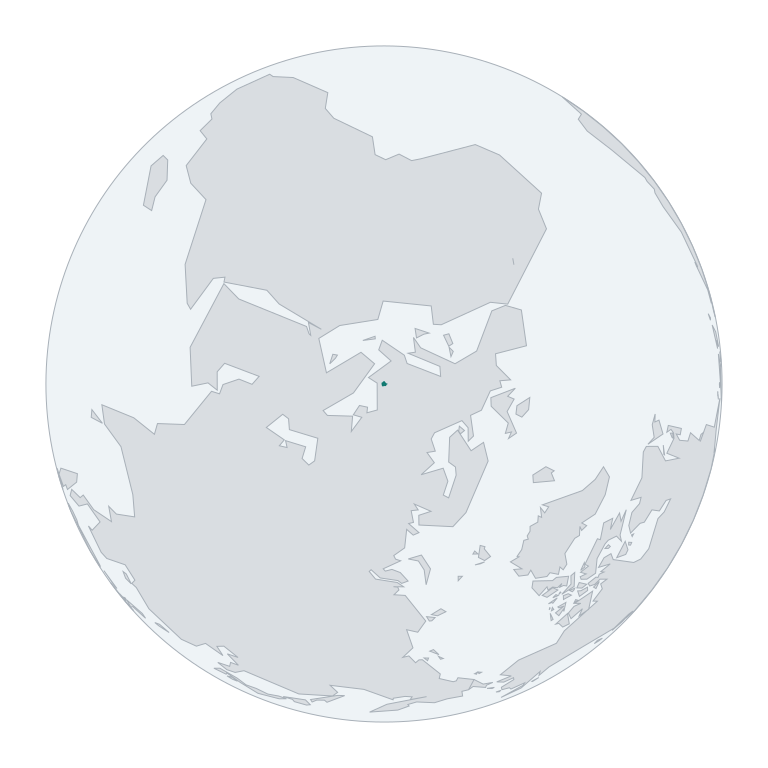 globe centered on Targovishte, rotated 153°
{"feature_id": "BGR-2257", "entity_name": "Targovishte", "entity_type": "Province", "adm_level": 1, "iso_a3": "BGR", "parent_name": "Bulgaria", "parent_adm1": "", "projection": "orthographic", "projection_center": [26.357, 43.248], "detail": "fine", "context": "on_globe", "style": "filled", "palette": "teal", "viewbox_px": 768, "rotation_deg": 153, "n_neighbors": 0, "source": "natural_earth", "source_scale": "10m", "svg_char_len": 11629}
<svg xmlns="http://www.w3.org/2000/svg" viewBox="0 0 768 768"><g transform="rotate(153 384 384)"><circle cx="384" cy="384" r="338" fill="#eef3f6" stroke="#a8b0b8"/><path d="M263.3,68.4L274.9,65.5L265.3,68.7L270.5,67.8L282.9,64.1L289.7,62.0L324.2,59.8L365.3,57.0L378.2,54.0L375.4,57.0L399.8,50.9L422.0,51.6L396.9,52.4L394.3,53.9L409.4,54.6L410.1,56.4L417.7,58.1L417.1,60.5L402.5,61.7L401.9,63.5L412.6,64.0L418.8,67.4L403.1,66.1L412.3,72.1L389.5,76.9L348.1,74.7L335.4,82.2L292.5,93.6L296.3,95.7L282.5,102.4L281.7,107.5L274.0,108.9L280.1,112.0L287.3,109.8L292.4,110.6L292.6,113.7L282.8,115.7L281.2,114.5L278.5,116.8L273.4,116.6L276.0,118.4L264.1,121.0L276.1,123.2L266.8,129.3L258.8,129.8L259.5,123.5L242.5,111.6L234.7,111.5L222.9,117.0L201.0,139.7L192.4,142.8L180.8,151.5L185.5,152.2L196.3,145.9L202.4,150.2L214.8,142.7L219.1,143.6L232.0,139.2L230.1,146.8L221.4,157.0L210.6,161.4L206.4,166.3L216.8,168.2L196.8,183.3L183.8,205.7L178.6,209.3L168.3,204.1L168.1,187.7L154.7,183.9L163.4,193.9L150.3,203.9L148.2,209.0L148.9,213.3L153.9,212.6L149.5,218.0L139.2,209.4L143.1,204.3L146.3,206.8L146.1,199.6L139.1,195.2L133.0,201.4L128.8,190.6L124.4,195.2L121.1,195.9L128.4,189.1L115.2,201.5L109.3,195.6L91.2,218.8L108.9,192.3L115.2,182.2L121.3,172.7L118.2,176.2L130.4,160.8L131.6,159.4L150.3,140.0L170.4,122.1L192.0,105.9L214.7,91.5L238.6,79.0L263.3,68.4ZM58.5,293.3L57.3,299.1L53.6,313.2L55.7,307.3L52.8,320.9L52.1,345.2L51.2,346.5L50.1,384.4L54.8,415.3L55.8,431.2L54.7,434.9L57.6,445.0L57.8,449.5L74.9,489.2L88.1,517.1L90.7,531.7L85.6,534.8L94.8,558.8L94.5,558.3L82.4,536.4L72.0,513.7L63.2,490.3L56.3,466.3L51.1,441.9L47.7,417.1L46.2,392.1L46.5,367.1L48.7,342.2L52.7,317.6L58.5,293.3ZM86.7,225.2L72.4,259.0L75.8,247.3L76.0,247.7L80.6,237.4L87.6,222.7L91.9,214.1L86.7,225.2ZM91.0,223.2L93.1,218.4L91.7,222.2L91.0,223.2ZM292.7,60.9L283.0,63.9L271.6,67.0L279.6,64.1L292.7,60.9ZM314.5,57.2L310.2,58.7L304.8,58.4L309.0,57.6L314.5,57.2ZM387.3,52.0L379.3,52.2L386.8,51.5L387.3,52.0ZM418.9,58.0L421.0,57.5L424.1,58.7L418.9,58.0ZM232.1,135.4L232.0,137.2L229.7,137.1L232.1,135.4ZM237.8,131.9L235.2,130.4L237.5,128.5L239.1,129.5L237.8,131.9ZM426.0,63.6L430.4,66.0L423.4,63.6L426.0,63.6ZM240.5,134.3L241.9,125.5L246.0,122.4L255.5,123.6L240.5,134.3ZM431.2,67.5L441.9,74.0L447.5,73.2L437.9,79.8L431.9,71.6L422.5,68.7L429.5,69.1L431.2,67.5ZM289.5,107.9L281.8,110.3L288.0,105.5L289.5,107.9ZM292.2,104.7L304.0,90.3L315.4,88.8L309.2,93.7L323.9,90.0L323.7,96.2L315.6,99.6L308.2,99.2L313.7,102.0L292.2,104.7ZM430.8,82.8L431.2,84.8L428.0,82.9L430.8,82.8ZM294.9,110.6L296.3,107.6L306.3,106.0L305.4,111.7L302.4,110.4L294.9,110.6ZM327.8,86.2L335.1,86.3L336.9,91.3L340.0,92.1L324.7,96.2L327.8,86.2ZM300.3,112.3L304.7,114.8L300.2,118.5L294.3,113.5L300.3,112.3ZM309.3,103.2L314.0,102.8L311.1,104.9L309.3,103.2ZM286.6,133.9L288.0,129.8L293.4,128.6L286.6,133.9ZM306.7,115.5L308.2,114.2L310.5,113.4L312.4,115.8L306.7,115.5ZM327.0,99.7L326.3,101.9L333.4,98.2L335.1,102.2L324.5,104.4L329.8,105.1L330.3,106.4L321.1,106.8L327.0,99.7ZM321.1,115.9L308.2,120.8L304.5,128.3L299.6,129.5L306.5,117.3L321.1,115.9ZM321.9,110.5L320.3,114.0L315.1,113.5L312.9,110.8L321.9,110.5ZM340.0,104.2L340.2,97.5L342.5,97.3L340.0,104.2ZM321.0,118.1L324.1,117.0L321.4,118.7L321.0,118.1ZM335.4,108.5L335.1,106.0L337.7,105.9L335.4,108.5ZM330.6,116.9L326.4,118.3L324.8,116.4L330.6,116.9ZM333.6,113.1L337.3,113.5L326.7,114.8L333.1,112.0L333.6,113.1ZM337.9,108.7L339.4,107.8L337.6,109.8L337.9,108.7ZM339.0,123.8L326.1,125.9L322.6,121.5L335.6,119.9L339.0,123.8ZM177.1,535.6L157.0,482.5L167.0,469.7L168.8,448.5L237.5,399.0L252.1,408.5L306.1,410.8L312.9,414.8L306.5,432.1L347.1,458.3L360.2,444.3L396.9,456.2L421.4,454.2L430.2,420.1L390.1,422.7L383.2,406.3L415.3,389.9L450.3,388.0L448.7,381.7L426.6,369.6L434.7,356.5L418.9,364.4L425.3,370.5L415.6,376.0L409.2,370.8L412.3,366.1L401.8,363.9L389.7,387.9L394.9,396.8L367.2,401.3L373.2,416.8L365.7,423.8L352.8,400.4L354.1,391.8L330.1,365.0L326.2,374.3L348.6,400.5L341.6,398.1L336.6,412.1L334.9,399.6L311.5,369.8L286.5,371.3L254.7,400.2L240.1,398.9L228.0,387.6L239.7,353.4L270.9,360.3L275.5,349.5L269.3,330.2L279.3,334.3L280.6,327.7L292.4,329.6L309.1,316.4L321.1,316.8L327.9,297.0L334.9,294.8L328.9,306.9L331.2,316.0L361.1,317.6L366.9,313.6L368.8,300.9L376.8,303.4L374.9,291.0L392.1,286.3L369.5,282.1L371.2,268.4L381.6,258.1L378.1,253.2L361.1,270.0L358.0,277.6L361.8,285.1L349.7,306.7L339.4,309.5L336.7,285.0L321.8,286.8L326.2,268.1L369.4,232.2L387.4,225.6L416.9,242.5L412.6,251.2L399.9,249.2L411.5,263.3L410.7,256.3L417.3,258.8L420.6,247.3L425.4,248.5L420.3,235.7L426.6,236.1L429.8,244.2L440.0,228.6L453.2,226.7L453.2,222.7L449.4,218.9L468.6,219.7L467.8,216.7L461.1,215.2L455.1,208.6L452.0,197.5L458.8,198.3L460.8,202.5L475.4,212.9L479.8,224.4L482.3,223.7L480.1,214.0L462.3,201.1L458.5,194.3L467.6,199.1L464.0,196.8L464.2,193.7L470.8,191.7L461.1,186.0L454.4,153.8L466.6,147.5L475.4,154.8L478.0,135.8L491.4,131.9L485.3,130.4L482.4,121.3L478.1,122.3L475.0,120.9L465.5,100.1L468.5,96.5L457.5,87.3L454.3,86.7L451.5,88.7L437.9,79.8L447.5,73.2L454.1,74.8L455.6,70.3L470.6,74.8L483.7,77.1L499.3,85.9L508.3,87.6L507.8,85.7L519.7,87.2L545.8,98.2L526.8,97.3L488.0,86.1L504.0,90.9L501.0,92.5L507.1,96.1L518.4,99.8L519.3,98.5L540.5,121.0L568.8,140.0L565.3,130.3L571.5,129.4L600.6,146.5L638.9,192.1L647.6,194.6L653.7,200.8L658.5,211.4L649.7,202.5L647.1,205.6L641.4,199.5L646.1,214.7L638.2,206.6L645.7,223.1L652.0,226.1L650.8,215.1L660.8,233.9L670.2,235.6L680.5,248.6L695.5,290.4L697.1,315.1L699.2,320.8L695.0,322.3L696.7,340.4L710.2,354.4L712.4,362.5L711.8,391.7L710.4,386.2L699.6,390.0L702.7,411.8L711.2,413.7L714.3,427.1L710.1,431.9L706.3,420.7L702.4,421.6L699.7,403.8L689.3,385.1L684.8,400.0L681.5,389.6L666.5,378.8L658.0,399.5L646.8,447.6L651.2,475.2L644.8,493.6L622.3,467.5L611.4,443.4L603.8,451.6L580.2,438.5L541.0,455.8L535.0,449.9L527.7,456.6L511.0,454.2L501.7,443.6L491.8,447.5L516.6,474.8L527.1,470.6L535.4,454.2L540.3,464.9L556.3,469.3L540.1,504.7L481.1,546.1L474.8,525.7L426.9,470.4L428.0,462.9L427.8,462.1L427.2,460.6L423.4,473.1L415.0,461.2L441.1,502.9L445.8,520.7L480.3,547.5L477.2,551.4L488.1,555.6L522.4,538.4L522.7,545.3L506.9,580.9L458.9,629.1L465.0,650.6L461.1,668.4L430.6,682.8L432.8,693.2L417.0,698.2L415.6,703.4L402.7,709.0L381.2,713.5L345.2,711.9L343.3,708.3L325.8,698.3L301.8,669.1L311.2,656.2L308.1,643.6L282.1,609.5L287.8,592.4L280.7,583.1L266.2,582.0L258.0,570.5L249.2,568.0L194.0,555.9L177.1,535.6ZM214.1,431.3L212.2,437.6L214.1,431.3ZM488.0,403.0L508.6,398.7L498.2,379.5L505.3,376.5L499.2,371.4L497.4,378.2L482.3,363.6L490.8,354.8L487.8,345.9L480.7,347.0L467.6,365.7L489.0,386.3L484.8,396.4L488.0,403.0ZM52.2,345.8L51.7,351.6L51.5,347.6L52.2,345.8ZM73.8,250.8L71.9,255.9L70.1,260.5L71.1,257.4L73.8,250.8ZM64.2,292.6L63.2,299.5L63.1,294.6L64.2,292.6ZM70.7,264.1L64.8,287.6L64.8,279.8L68.9,265.3L67.5,272.1L70.7,264.1ZM86.8,228.0L85.1,231.9L84.0,233.3L86.8,228.0ZM90.0,226.0L90.3,225.0L92.1,221.7L90.0,226.0ZM150.9,204.4L151.6,205.3L151.2,210.2L149.1,209.2L150.9,204.4ZM163.5,225.9L156.0,234.2L159.9,227.2L155.4,227.0L158.1,212.8L176.2,210.5L167.5,213.8L163.5,225.9ZM166.6,194.2L162.9,202.8L166.2,193.5L166.6,194.2ZM276.2,291.9L280.1,297.3L275.4,304.3L260.2,305.8L266.8,295.5L276.2,291.9ZM286.8,303.6L288.2,280.1L297.8,278.9L292.2,283.4L298.3,284.9L291.0,292.8L298.6,315.5L295.0,323.3L268.9,320.6L279.4,316.9L274.9,311.5L286.8,303.6ZM275.3,228.8L276.0,220.4L295.7,228.3L292.7,235.3L277.3,236.8L271.8,229.4L275.3,228.8ZM257.0,138.9L256.1,136.5L258.8,135.7L261.8,137.1L257.0,138.9ZM286.8,132.1L264.1,149.2L261.9,147.1L251.3,160.5L241.2,160.5L248.4,151.6L232.7,162.1L235.1,154.1L225.2,162.0L242.2,142.3L243.8,136.1L245.9,142.9L255.1,143.0L259.6,141.2L273.4,131.7L281.4,119.3L291.8,118.0L297.0,120.5L296.7,123.2L290.1,123.0L294.4,127.0L284.5,128.9L286.8,132.1ZM352.6,159.8L345.0,156.7L352.1,168.1L342.2,168.7L343.7,170.0L336.5,173.9L330.4,181.2L325.9,180.3L325.4,183.6L320.7,186.5L318.5,190.8L309.7,191.1L306.4,196.5L304.1,193.6L300.7,202.9L299.3,196.2L293.0,199.8L297.7,204.4L255.6,199.0L239.1,203.1L226.0,210.6L225.3,198.9L237.2,184.9L254.9,172.2L270.9,170.4L267.7,165.8L274.4,163.8L274.1,168.2L278.6,160.3L284.1,159.9L299.8,150.8L302.9,140.4L308.7,137.1L310.3,141.1L315.0,135.2L321.8,140.5L326.2,138.5L337.2,142.1L337.7,151.5L342.5,148.5L351.1,151.6L352.6,159.8ZM341.9,125.0L344.7,135.2L340.7,140.8L323.1,132.3L318.2,133.4L306.8,128.9L312.9,121.1L315.6,123.0L319.6,123.1L316.1,125.5L321.9,123.7L325.9,126.5L331.4,125.9L330.8,129.3L341.9,125.0ZM320.7,408.9L325.9,410.3L334.1,410.3L331.1,419.4L320.7,408.9ZM304.3,388.8L309.1,388.3L308.8,400.4L303.4,399.3L304.3,388.8ZM311.9,378.0L309.3,387.3L307.5,381.6L311.9,378.0ZM333.4,306.0L338.5,304.9L338.9,308.0L336.0,312.2L333.4,306.0ZM371.6,196.5L367.9,193.2L369.5,191.6L367.4,181.9L374.5,181.0L378.6,186.6L371.6,196.5ZM423.2,426.6L416.1,433.7L412.4,430.9L415.6,429.0L423.2,426.6ZM371.3,428.2L383.1,432.4L370.3,430.6L371.3,428.2ZM379.0,194.0L377.4,189.9L382.0,192.1L379.0,194.0ZM379.6,180.0L385.1,181.5L375.1,179.8L379.6,180.0ZM517.2,652.5L492.5,684.1L477.0,687.9L475.0,681.8L484.8,664.1L503.0,654.7L512.3,644.0L517.2,652.5ZM716.0,447.2L715.5,449.5L713.4,457.2L714.7,450.5L717.9,435.8L716.0,447.2ZM714.5,451.2L710.1,455.7L697.9,443.3L702.4,436.1L713.9,433.7L713.3,438.8L716.1,438.3L714.5,451.2ZM720.7,413.1L720.4,416.2L719.5,421.3L719.1,412.1L719.4,402.4L720.4,397.0L719.4,351.2L720.0,349.4L721.3,366.3L721.5,368.0L720.7,413.1ZM652.7,476.8L660.0,487.2L655.9,493.8L652.7,476.8ZM715.6,325.7L718.3,344.9L714.8,323.0L715.6,325.7ZM711.5,307.9L713.1,312.6L711.8,311.1L711.5,307.9ZM702.4,328.2L701.6,335.3L699.9,331.8L699.9,320.6L702.4,328.2ZM688.3,260.1L694.4,270.7L696.5,275.5L693.1,271.8L688.3,260.1ZM437.6,186.0L432.6,200.1L433.7,210.7L441.8,217.1L428.3,214.6L426.5,198.2L437.6,186.0ZM451.7,157.4L444.5,152.7L448.9,151.3L451.2,152.2L451.7,157.4ZM446.4,157.0L435.3,157.9L432.2,153.0L441.6,153.2L446.4,157.0ZM407.2,175.0L405.2,179.0L401.5,177.1L407.2,175.0ZM716.1,321.6L717.7,330.9L712.9,306.4L713.0,306.8L716.1,321.6ZM713.6,309.8L715.2,318.5L712.4,305.5L713.6,309.8ZM714.7,317.0L713.1,311.5L712.7,307.9L714.7,317.0ZM713.0,307.2L709.9,295.7L711.2,299.6L713.0,307.2ZM708.9,299.7L710.9,300.2L711.2,308.3L703.5,289.2L702.8,283.5L708.9,299.7ZM656.4,195.2L652.3,191.5L649.5,185.7L653.1,189.8L656.4,195.2ZM636.7,165.6L647.4,183.1L655.4,198.2L656.4,197.1L664.6,208.0L659.2,205.2L648.3,188.5L643.5,178.6L636.0,170.7L628.3,160.5L619.4,153.7L613.8,147.8L620.4,151.2L636.7,165.6ZM615.7,151.3L597.4,138.2L595.3,131.7L598.8,133.1L608.1,141.7L608.7,144.5L615.7,151.3ZM592.4,133.3L592.7,136.2L566.5,127.5L560.5,124.2L579.3,126.3L580.6,129.3L587.4,132.9L592.4,133.3ZM434.8,84.7L431.6,84.8L433.3,83.4L434.8,84.7ZM472.7,121.7L468.7,119.6L470.8,117.7L472.7,121.7ZM458.6,113.1L459.1,116.6L455.8,112.5L458.6,113.1ZM460.5,124.9L457.9,117.9L464.5,125.2L460.5,124.9Z" fill="#d9dde1" stroke="#a8b0b8" stroke-width="1"/><path d="M384.0,385.4L383.9,385.2L383.8,385.3L383.7,385.3L383.6,385.5L383.4,385.7L383.2,385.8L383.0,385.6L382.9,385.6L382.9,385.4L382.8,385.2L382.7,384.9L382.7,384.7L382.8,384.6L382.8,384.4L382.9,384.2L382.7,384.0L382.7,383.9L382.8,383.8L382.7,383.6L382.6,383.4L382.3,383.3L382.3,383.1L382.2,383.0L382.3,383.0L382.5,382.9L382.6,382.7L382.8,382.4L383.0,382.4L383.3,382.3L383.4,382.2L383.6,382.3L383.9,382.4L384.0,382.6L384.0,382.8L384.3,382.9L384.5,383.0L384.6,383.4L384.8,383.4L385.0,383.4L385.3,383.3L385.4,383.2L385.5,383.0L385.8,383.1L385.8,383.3L385.7,383.3L385.6,383.6L385.8,384.0L385.7,384.2L385.6,384.3L385.5,384.5L385.4,384.6L385.3,384.8L385.4,385.0L385.2,385.2L385.2,385.3L385.1,385.5L384.9,385.5L384.7,385.4L384.4,385.4L384.1,385.3L384.0,385.4Z" fill="#14b8a6" stroke="#0f766e" stroke-width="1.5"/></g></svg>